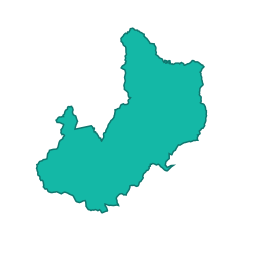 the district of Na Hang, Tuyên Quang, Vietnam, rotated 26°
{"feature_id": "81297802B32233799995516", "entity_name": "Na Hang", "entity_type": "district", "adm_level": 2, "iso_a3": "VNM", "parent_name": "Vietnam", "parent_adm1": "Tuyên Quang", "projection": "natural_earth1", "projection_center": [105.425, 22.448], "detail": "fine", "context": "isolated", "style": "filled", "palette": "teal", "viewbox_px": 256, "rotation_deg": 26, "n_neighbors": 0, "source": "geoboundaries", "source_scale": "gbopen_adm2", "svg_char_len": 5786}
<svg xmlns="http://www.w3.org/2000/svg" viewBox="0 0 256 256"><g transform="rotate(26 128 128)"><path d="M194.7,109.0L196.1,108.4L195.5,107.9L194.6,106.5L194.4,105.4L194.5,104.0L194.2,103.6L193.9,103.6L194.7,102.7L195.2,101.6L195.0,101.1L193.6,99.8L193.4,99.3L194.3,97.7L194.3,96.5L194.6,95.9L195.5,95.4L195.9,92.3L195.4,91.8L194.9,90.9L195.0,89.3L194.8,87.6L194.5,86.8L193.5,85.0L193.2,82.5L192.2,81.4L191.7,79.8L191.2,78.9L190.9,78.1L189.9,77.7L188.8,75.9L187.9,74.9L186.2,73.7L185.4,73.4L183.0,73.8L182.0,73.6L182.2,72.4L181.8,71.4L181.1,70.4L180.3,68.4L179.9,67.9L178.1,67.3L177.5,66.8L177.3,65.6L176.4,64.4L176.3,63.4L175.3,61.0L175.5,59.2L176.5,56.5L176.3,55.7L175.2,54.8L173.8,52.9L172.8,52.0L172.0,50.1L170.3,48.6L169.6,46.9L168.3,46.2L168.8,44.8L168.6,42.0L169.4,40.3L169.3,39.5L168.5,39.4L167.5,38.7L167.0,39.0L166.5,39.0L162.4,38.1L161.2,38.2L160.0,38.9L159.3,39.1L157.5,38.7L156.2,39.2L155.6,41.6L154.6,43.4L153.6,44.0L151.5,46.7L151.0,46.9L150.0,46.0L148.8,45.7L147.8,45.9L147.4,45.7L146.5,46.8L146.4,47.6L145.6,47.4L144.7,47.7L142.8,48.6L142.2,49.0L141.4,50.3L140.6,51.1L139.9,50.9L139.0,51.5L137.9,51.4L137.1,51.9L136.9,51.8L137.3,51.1L137.3,50.6L137.1,50.5L136.4,50.7L136.2,50.5L136.1,50.2L136.5,49.5L136.4,49.3L135.4,49.4L134.7,50.9L135.1,51.9L134.2,52.2L133.9,53.0L133.7,53.1L133.4,52.1L133.7,50.7L131.9,50.9L131.4,51.1L131.5,51.8L131.9,52.9L131.6,53.3L130.3,52.5L128.5,51.0L125.4,51.2L123.9,50.3L120.7,49.7L120.4,47.8L118.9,46.3L118.0,43.8L117.1,42.8L115.5,42.0L114.7,40.9L110.7,42.3L109.7,41.5L105.4,39.2L103.7,39.1L103.3,38.7L102.0,38.3L101.7,37.1L101.3,36.6L100.5,36.8L98.2,36.4L97.4,36.7L95.5,36.1L94.5,36.5L93.7,35.9L91.7,36.8L90.9,36.9L90.4,36.8L89.6,36.2L88.3,36.3L87.6,37.0L86.6,37.7L86.6,38.4L86.9,38.9L86.8,41.3L85.6,41.9L86.0,43.2L85.8,43.6L84.5,43.7L84.1,44.1L83.4,46.1L83.4,47.3L82.5,50.2L82.5,50.8L83.2,51.8L83.9,53.3L85.6,53.6L87.5,55.5L89.0,55.9L89.8,55.9L90.5,56.4L91.2,57.3L93.1,61.0L94.3,62.3L94.3,63.2L93.9,64.3L93.9,64.7L95.3,66.2L95.5,68.2L96.7,68.6L97.0,69.0L97.1,69.5L96.9,70.3L97.5,70.9L96.9,72.8L95.7,74.8L95.5,77.0L97.9,77.2L99.2,77.1L99.6,77.2L100.3,77.7L101.8,79.7L102.7,84.0L104.8,86.7L105.1,87.4L105.4,90.4L105.8,91.8L107.0,93.2L107.8,94.9L110.8,95.5L112.4,96.1L113.0,96.8L113.7,98.2L114.8,99.7L115.5,99.9L117.0,99.6L116.9,100.7L116.1,102.0L116.0,102.9L116.1,103.4L117.3,104.8L117.5,105.7L117.1,106.7L116.1,107.7L114.5,108.5L113.2,108.3L111.8,109.9L111.5,110.5L111.5,111.2L111.8,114.0L110.7,114.7L110.1,115.4L109.4,116.7L108.5,117.1L108.3,117.5L109.0,118.2L110.2,122.2L110.2,123.1L110.7,124.6L110.2,127.1L109.4,128.8L109.3,131.2L108.9,133.2L109.0,134.7L109.4,135.9L109.2,139.7L109.7,141.6L109.5,142.1L108.7,142.9L108.5,143.4L108.9,144.8L109.7,145.7L110.3,147.2L110.0,151.3L109.6,151.2L109.1,150.8L108.7,149.8L108.0,149.6L107.7,149.1L106.6,149.6L104.7,148.1L102.2,146.5L100.8,146.4L100.6,145.8L100.1,145.8L99.3,146.3L98.3,144.9L98.1,144.5L98.2,143.6L97.8,142.9L97.4,142.9L96.7,143.7L95.5,142.6L94.0,142.1L80.9,152.3L80.3,150.3L79.9,147.8L79.9,146.1L79.6,145.5L79.8,144.3L79.4,143.8L78.2,142.8L75.8,140.2L73.2,140.1L72.0,139.2L71.0,137.9L70.7,135.8L69.2,134.1L68.3,133.8L67.8,133.3L66.8,134.0L66.5,134.6L65.5,134.6L64.8,135.2L64.7,136.0L65.3,137.6L64.1,139.4L64.2,141.5L64.7,143.1L64.5,144.0L64.0,145.0L64.2,145.4L65.0,146.0L63.7,146.7L63.2,147.4L61.6,148.1L61.1,148.6L60.5,150.1L60.5,151.6L59.9,152.5L61.8,154.1L64.4,153.0L68.6,153.0L68.8,153.5L69.0,157.0L68.5,158.9L69.5,160.5L69.8,161.7L70.2,162.0L71.1,162.3L71.5,162.9L72.6,162.1L73.3,162.2L74.2,162.7L73.7,165.0L74.1,166.2L72.6,168.8L72.4,169.6L72.4,171.0L73.5,176.0L73.4,177.2L73.2,177.9L72.8,178.4L70.1,180.0L67.2,182.5L67.5,183.8L67.1,185.9L67.1,186.6L68.3,190.0L68.6,191.3L67.5,192.4L65.7,193.6L65.2,195.0L63.2,196.9L63.0,198.7L63.2,199.5L62.1,200.9L63.2,202.1L63.5,204.4L64.2,204.9L65.1,206.2L66.5,207.4L66.9,208.5L67.6,209.7L68.2,210.0L69.3,209.9L70.0,210.3L70.9,211.6L71.1,212.4L71.9,212.7L72.7,213.4L73.9,212.6L74.7,212.9L76.2,214.6L76.4,215.3L77.1,215.9L77.4,216.4L77.6,217.8L77.7,218.1L78.5,218.2L79.5,219.0L80.2,219.2L80.6,219.1L81.3,218.4L82.0,218.4L83.9,219.9L84.5,220.1L86.9,219.8L88.0,219.4L89.6,218.1L90.6,217.6L91.3,216.9L92.0,216.5L96.9,216.4L98.2,214.4L99.3,213.3L102.1,212.9L104.0,213.1L106.5,213.0L107.7,212.8L108.9,213.3L113.1,216.5L114.2,216.8L117.0,216.3L118.0,215.4L119.6,213.2L121.3,212.0L122.5,213.1L124.3,216.1L124.4,216.6L127.2,218.3L128.2,218.7L129.5,218.3L130.9,218.4L131.8,217.3L133.3,216.8L134.5,215.6L136.0,215.4L136.9,215.6L137.6,215.1L138.2,213.9L139.6,214.3L141.4,215.6L142.0,215.5L144.7,212.4L145.7,211.8L145.8,211.4L145.5,210.9L143.5,208.9L141.5,207.8L140.7,206.4L145.1,205.8L146.1,205.1L148.9,204.1L151.9,202.0L153.5,201.8L152.9,201.1L151.0,200.0L149.8,197.9L148.5,196.8L148.2,195.8L148.2,194.7L149.1,191.7L149.8,190.6L151.5,189.6L153.6,190.0L154.5,189.3L155.7,189.1L155.4,187.6L156.0,182.9L155.7,180.5L155.1,179.5L155.2,179.0L156.2,178.1L156.7,177.7L157.4,177.6L158.6,176.7L160.3,176.8L161.5,176.6L162.4,175.5L162.5,174.4L162.0,171.7L163.0,170.3L163.1,168.8L163.5,166.9L163.4,165.9L162.7,165.5L162.4,164.8L162.1,162.3L163.1,159.9L163.3,158.1L164.4,157.3L164.7,155.8L164.7,154.8L163.9,153.6L164.7,152.6L164.0,150.8L165.1,150.3L165.3,149.5L165.7,149.1L167.3,148.7L169.7,148.8L171.0,147.3L172.8,147.5L174.0,148.4L176.2,148.7L179.2,149.7L180.8,149.7L181.6,149.5L182.2,149.1L184.0,143.8L185.2,141.7L183.1,142.9L181.2,145.5L180.5,146.1L180.1,146.1L179.0,145.4L177.9,145.2L177.2,143.1L177.2,142.8L177.0,142.4L176.9,141.1L177.3,140.6L177.6,139.3L178.5,137.5L176.2,133.0L178.9,133.0L179.2,132.7L179.0,131.1L179.1,129.4L179.4,128.5L180.3,127.2L180.3,124.8L180.7,121.1L182.2,120.6L184.2,117.5L184.8,116.7L185.9,115.9L189.0,113.1L190.1,113.0L191.1,112.1L192.5,110.4L193.8,109.9L194.7,109.0Z" fill="#14b8a6" stroke="#0f766e" stroke-width="1.5"/></g></svg>